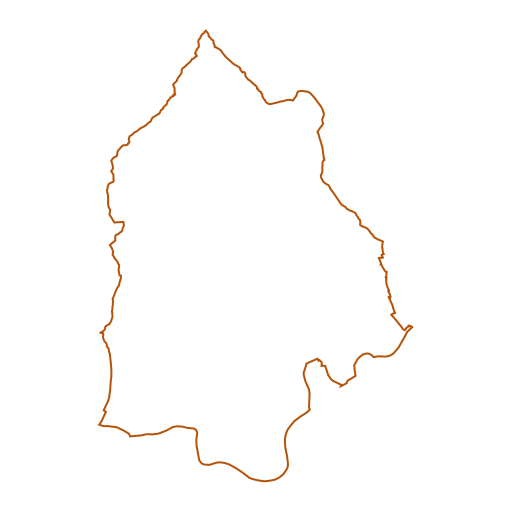 the district of Rapoltu Mare, Hunedoara, Romania
{"feature_id": "2599482B38890136651952", "entity_name": "Rapoltu Mare", "entity_type": "district", "adm_level": 2, "iso_a3": "ROU", "parent_name": "Romania", "parent_adm1": "Hunedoara", "projection": "mercator", "projection_center": [23.103, 45.901], "detail": "fine", "context": "isolated", "style": "outline", "palette": "amber", "viewbox_px": 512, "rotation_deg": 0, "n_neighbors": 0, "source": "geoboundaries", "source_scale": "gbopen_adm2", "svg_char_len": 5999}
<svg xmlns="http://www.w3.org/2000/svg" viewBox="0 0 512 512"><path d="M412.8,326.6L411.8,327.0L411.1,326.3L410.2,326.2L409.5,325.7L409.3,325.7L409.6,326.1L409.0,326.1L409.3,325.9L409.0,325.7L408.5,326.1L408.5,326.4L406.4,328.0L404.9,330.1L403.2,329.4L402.7,328.9L401.7,327.2L394.4,318.2L391.3,314.7L393.3,313.4L395.0,313.0L393.4,308.8L392.9,307.2L392.8,306.4L392.0,304.2L388.9,297.6L389.8,297.7L389.4,296.7L390.5,296.5L389.8,294.4L388.3,291.0L389.0,290.7L387.0,285.7L386.4,283.6L386.2,279.2L386.4,279.1L386.2,278.5L386.5,277.6L385.7,277.3L386.4,275.4L386.6,272.0L386.2,272.1L385.6,271.6L384.2,269.8L382.2,266.4L381.4,264.6L381.1,264.2L380.7,264.3L381.0,263.2L380.8,262.7L379.6,259.6L378.9,258.4L378.8,258.1L379.6,257.9L382.8,257.6L381.6,254.9L383.7,253.9L382.9,252.8L382.5,248.6L382.2,247.5L382.2,245.6L382.6,243.3L382.6,241.7L382.8,241.5L381.4,240.7L378.4,239.7L376.5,238.5L374.9,237.9L374.2,236.9L373.4,236.4L373.1,235.3L371.5,233.9L368.5,229.8L366.5,228.0L362.6,226.5L362.6,226.3L360.4,225.3L360.1,224.3L360.4,222.6L359.9,219.8L358.6,218.8L358.0,217.4L356.5,215.2L355.4,213.0L352.3,211.3L349.5,210.4L347.1,208.9L346.2,208.3L345.7,207.1L342.0,205.0L340.9,203.9L332.6,191.6L332.2,191.3L330.3,188.7L329.8,187.2L328.6,185.4L327.9,184.8L326.5,184.2L323.6,182.1L321.2,177.8L320.8,175.4L321.9,173.2L322.5,170.6L322.2,167.9L322.2,167.1L322.5,166.3L322.5,162.6L322.6,162.1L323.5,160.4L324.2,160.2L324.1,159.7L324.3,159.0L323.6,158.0L323.8,156.5L323.2,154.1L322.5,147.7L320.2,139.8L319.9,139.4L318.4,133.6L317.4,132.0L319.6,128.6L322.5,124.8L323.1,123.5L322.5,121.9L322.2,119.7L322.3,119.0L323.2,116.9L323.9,114.5L323.9,113.6L322.2,108.6L321.1,106.7L314.4,97.7L312.1,95.0L310.1,93.0L308.3,91.8L302.4,91.0L299.8,91.1L298.1,91.6L297.5,92.3L296.3,95.8L292.9,100.5L289.3,99.8L287.5,99.9L282.2,101.4L281.1,101.3L277.0,102.6L269.8,104.2L268.7,103.9L266.5,102.6L265.7,101.8L264.8,99.8L264.2,99.4L263.5,98.5L262.3,96.0L262.3,94.2L262.1,93.9L261.1,93.1L261.0,92.0L258.7,90.6L257.8,88.8L257.1,88.7L257.0,88.3L257.2,87.9L256.8,86.9L255.4,85.3L253.8,84.4L253.4,83.5L252.4,82.9L250.1,80.6L248.1,79.6L247.4,78.4L246.8,78.0L245.3,75.8L245.4,74.1L245.3,73.5L244.4,72.3L243.9,72.0L242.5,72.5L242.2,72.3L241.9,71.4L240.6,70.3L240.2,69.1L240.4,68.7L239.9,68.3L239.8,67.6L233.6,64.0L225.7,56.8L222.6,53.0L220.5,49.9L216.1,47.4L215.0,46.4L214.7,46.7L214.2,44.1L213.4,42.9L213.5,41.0L212.8,40.1L211.8,39.7L209.8,37.2L208.9,36.6L208.6,36.0L208.5,34.4L208.2,33.7L205.9,30.7L204.5,31.9L204.3,32.7L202.5,34.0L200.8,36.3L200.1,38.4L199.5,38.8L198.6,40.0L198.3,41.3L198.9,46.0L198.9,46.7L197.3,48.7L196.0,51.1L195.4,52.3L195.2,53.4L195.5,53.5L195.6,54.1L196.4,55.2L196.1,56.0L196.7,56.2L196.5,56.4L195.7,56.5L194.1,58.2L193.0,58.8L192.2,58.9L190.5,61.4L186.8,64.8L186.2,65.1L186.1,65.6L185.5,66.2L182.4,68.5L181.6,70.4L181.7,72.6L181.1,73.7L178.0,77.9L177.3,79.1L176.7,81.1L174.4,83.1L173.2,84.5L173.7,86.5L174.6,88.0L174.6,91.8L174.7,92.0L174.5,92.4L175.2,94.4L173.6,95.8L173.3,95.4L173.1,96.1L172.1,96.3L171.6,97.2L170.4,97.5L170.2,98.2L168.6,100.3L167.5,101.0L167.3,102.7L166.6,104.4L163.2,107.5L163.1,108.6L162.9,108.9L161.2,109.9L159.8,112.7L159.2,113.6L152.7,117.5L151.7,119.0L150.6,121.5L149.2,122.3L147.6,123.6L146.7,124.6L144.0,126.5L140.1,128.5L137.2,131.1L134.4,132.4L132.4,134.4L129.6,136.3L128.7,139.4L128.8,140.0L129.4,141.6L129.4,142.2L129.0,142.8L128.0,143.3L127.9,144.2L127.6,144.6L126.4,145.1L123.3,145.3L121.9,146.3L118.1,150.6L117.7,151.3L117.5,151.9L117.2,154.8L116.8,155.8L116.1,156.6L114.3,157.3L112.8,158.4L111.3,160.8L112.6,165.1L112.8,166.5L112.9,168.7L111.2,171.2L113.3,174.3L113.5,177.5L113.4,179.0L113.8,180.5L113.1,181.9L109.8,183.3L108.8,184.0L107.6,186.8L107.6,188.3L107.1,189.6L107.1,191.9L108.1,195.7L108.1,204.4L108.6,206.9L110.2,209.9L109.5,214.5L114.4,222.5L123.2,221.9L123.5,222.2L123.9,225.7L122.8,228.0L121.8,231.3L121.2,231.9L119.8,232.5L118.9,233.6L117.4,234.5L116.3,234.7L115.7,235.2L115.4,235.9L115.2,237.2L115.3,240.6L110.8,244.2L109.9,245.1L111.6,247.7L113.1,251.4L113.1,252.4L112.8,253.1L112.7,255.0L114.0,256.8L114.3,257.7L117.0,261.1L118.3,263.9L118.9,264.5L119.2,265.2L118.5,270.7L118.7,270.9L119.6,275.4L120.9,275.6L120.9,278.0L119.3,283.3L119.2,284.9L116.6,289.1L114.8,293.4L114.5,294.5L112.6,299.2L113.1,300.9L112.8,303.1L112.8,305.2L112.4,307.3L112.5,307.9L112.3,309.7L111.9,310.8L112.1,312.5L112.3,312.9L112.2,313.4L112.5,315.0L112.4,316.5L112.3,317.7L111.4,320.0L111.2,321.2L109.2,324.0L109.3,324.2L107.3,325.2L105.3,326.7L105.1,328.5L104.6,329.7L103.1,331.3L101.9,332.1L100.9,332.3L100.5,332.8L100.9,333.1L102.1,333.0L103.0,333.4L103.3,333.9L103.0,337.3L104.0,340.6L106.4,343.5L106.8,344.8L106.9,346.5L108.6,348.5L109.0,351.8L109.9,353.9L111.2,367.1L111.4,372.3L111.3,377.3L110.8,380.5L110.2,389.8L109.1,397.7L107.9,401.4L103.7,410.3L105.9,411.8L101.4,421.6L99.2,424.7L103.3,426.1L108.0,426.1L117.0,427.3L123.9,430.7L129.0,433.8L130.1,436.4L141.3,435.4L146.6,434.2L152.6,434.4L158.9,433.5L166.8,430.4L172.9,427.0L176.8,426.3L182.2,426.6L188.0,428.0L194.0,428.5L196.2,430.1L197.3,433.0L196.3,439.9L196.6,445.9L199.2,460.2L201.6,463.4L204.1,464.5L209.2,464.9L217.3,462.5L220.6,462.4L224.8,463.0L229.5,464.6L236.0,468.2L243.3,473.1L249.3,477.8L252.4,479.0L257.2,480.2L264.1,481.3L269.9,480.7L275.2,479.6L279.3,477.5L283.2,474.3L286.0,470.5L287.5,467.7L288.0,464.3L287.1,456.4L285.4,448.0L285.0,443.3L284.9,439.4L285.9,433.8L287.7,429.6L289.9,426.5L294.5,421.0L301.2,416.0L305.0,413.7L308.1,411.3L309.8,409.6L309.0,407.6L309.6,394.0L309.2,391.0L309.3,390.2L305.2,380.7L303.8,375.1L303.7,372.7L306.0,365.6L306.4,363.6L317.4,358.7L318.5,360.7L319.5,360.1L321.6,362.3L321.8,363.8L321.5,365.9L323.1,365.7L325.2,365.9L328.1,374.9L331.0,379.2L333.2,381.0L341.3,384.8L340.8,386.2L346.6,383.3L347.4,380.9L355.6,375.8L354.7,370.8L354.3,365.2L357.6,359.1L359.2,357.4L362.5,354.7L366.0,353.5L369.2,353.7L372.1,355.5L373.6,357.1L378.3,356.3L386.1,356.6L389.1,355.9L392.5,354.2L394.2,352.6L398.5,347.6L404.9,336.4L407.2,331.9L412.8,326.6Z" fill="none" stroke="#b45309" stroke-width="2"/></svg>